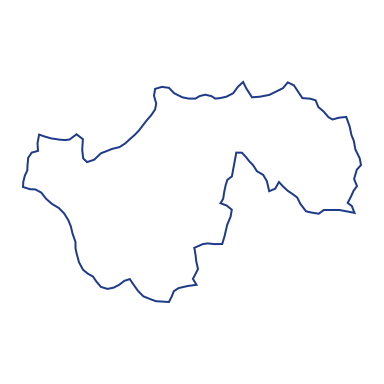 outline of Sumaré, São Paulo, Brazil
{"feature_id": "56859067B51080216941917", "entity_name": "Sumaré", "entity_type": "district", "adm_level": 2, "iso_a3": "BRA", "parent_name": "Brazil", "parent_adm1": "São Paulo", "projection": "robinson", "projection_center": [-47.259, -22.848], "detail": "fine", "context": "isolated", "style": "outline", "palette": "blue", "viewbox_px": 384, "rotation_deg": 0, "n_neighbors": 0, "source": "geoboundaries", "source_scale": "gbopen_adm2", "svg_char_len": 2029}
<svg xmlns="http://www.w3.org/2000/svg" viewBox="0 0 384 384"><path d="M346.2,116.9L338.4,117.8L332.6,119.5L328.5,117.2L323.6,111.5L318.3,107.0L315.6,100.3L310.3,98.7L302.4,98.1L298.1,91.7L293.9,85.3L287.8,82.4L282.9,88.2L269.3,94.9L259.9,96.7L252.0,97.3L246.4,88.6L243.1,82.0L238.0,86.7L233.1,93.3L226.4,96.7L220.0,98.1L215.3,98.6L211.4,96.1L205.2,94.7L199.6,96.1L195.4,98.6L188.7,98.6L182.3,97.3L174.1,93.2L168.9,87.8L161.8,86.9L155.1,88.9L154.0,95.8L156.2,103.5L155.1,109.5L151.2,115.2L147.2,119.8L143.8,124.1L139.1,130.3L134.7,134.9L129.8,139.2L125.1,143.5L119.5,147.1L112.1,148.9L106.1,151.3L100.9,153.3L94.2,159.7L87.1,162.1L83.2,158.4L82.2,149.8L82.9,139.2L76.5,134.3L69.6,139.5L64.9,140.1L59.2,139.6L51.2,138.4L44.9,136.6L39.1,134.6L37.5,143.3L38.0,150.9L31.7,152.6L28.2,157.8L27.5,165.2L27.3,170.4L24.8,175.8L23.3,181.8L23.0,187.0L30.1,189.2L35.3,189.4L41.3,192.6L46.0,198.7L52.1,204.0L58.8,208.0L64.2,213.5L68.4,220.3L70.9,226.6L72.5,233.5L75.5,242.0L75.5,248.3L76.7,253.8L79.0,262.3L83.0,269.7L87.6,273.5L93.0,276.6L96.5,281.7L100.9,286.9L107.4,288.9L113.5,287.7L119.2,284.8L124.4,280.8L129.8,279.1L132.9,283.7L137.9,290.8L143.3,296.3L150.5,299.2L155.9,301.2L161.1,301.5L168.9,302.0L171.7,296.6L173.8,291.2L178.6,288.1L187.7,286.0L196.5,284.8L192.9,278.9L198.0,269.1L196.1,260.6L195.6,255.2L194.3,247.8L202.8,244.1L207.7,243.4L214.6,244.1L222.2,244.0L224.5,236.4L227.2,224.8L230.6,216.6L231.8,209.7L226.6,205.5L220.5,203.2L223.2,198.7L224.2,192.0L225.7,185.0L227.4,179.8L231.9,176.4L236.3,152.6L241.9,152.7L246.1,157.2L249.3,161.3L253.1,165.2L256.9,171.2L263.2,174.9L266.8,181.0L269.2,191.2L275.2,188.7L278.9,182.0L282.9,186.3L287.6,190.7L292.5,194.0L297.2,197.5L300.3,203.8L306.0,211.3L311.7,212.6L318.8,213.7L323.8,210.0L330.2,210.0L334.8,210.0L339.5,210.0L344.2,210.9L349.1,211.8L354.5,212.9L351.8,206.0L347.7,202.9L351.2,196.1L353.6,190.7L357.0,186.1L354.1,179.0L356.8,169.7L361.0,165.0L359.7,158.3L355.3,149.3L353.9,141.1L351.5,135.2L349.6,126.3L346.2,116.9Z" fill="none" stroke="#1e3a8a" stroke-width="2"/></svg>